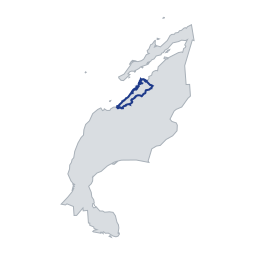 location of Sinaloa within Mexico, rotated 86°
{"feature_id": "MEX-2711", "entity_name": "Sinaloa", "entity_type": "State", "adm_level": 1, "iso_a3": "MEX", "parent_name": "Mexico", "parent_adm1": "", "projection": "robinson", "projection_center": [-107.612, 24.763], "detail": "fine", "context": "in_parent", "style": "outline", "palette": "blue", "viewbox_px": 256, "rotation_deg": 86, "n_neighbors": 0, "source": "natural_earth", "source_scale": "10m", "svg_char_len": 8088}
<svg xmlns="http://www.w3.org/2000/svg" viewBox="0 0 256 256"><g transform="rotate(86 128 128)"><path d="M29.4,57.5L45.4,56.0L44.7,57.7L69.8,67.1L88.7,67.0L88.8,63.5L100.5,63.5L102.5,66.1L110.8,72.9L112.8,78.7L114.4,80.9L122.1,85.5L124.5,83.8L126.3,79.5L128.7,78.6L134.2,79.3L138.9,84.0L142.1,90.8L147.6,97.0L148.0,100.9L150.4,105.7L162.3,110.2L163.8,109.5L160.5,122.0L159.6,136.9L160.2,140.1L163.3,144.4L162.7,146.7L162.8,144.3L160.2,140.7L161.1,144.1L164.3,151.1L169.4,157.8L170.7,162.0L174.2,166.2L173.3,166.1L175.3,167.1L174.6,166.5L178.4,167.0L181.0,168.5L183.4,171.3L189.6,169.2L194.2,168.9L197.2,167.2L200.4,166.9L201.1,167.5L200.9,168.4L203.5,169.0L205.3,167.7L204.8,165.5L203.9,166.0L204.1,165.5L208.8,161.9L209.1,158.9L210.4,157.2L210.3,152.3L211.1,148.8L214.7,146.7L221.2,145.6L223.9,144.3L227.1,144.1L232.3,145.3L232.7,144.5L231.4,144.5L233.1,143.9L235.2,145.5L235.7,147.6L234.7,150.5L231.5,154.9L231.4,157.9L229.8,159.6L230.1,160.3L231.6,160.1L230.0,161.9L230.1,162.6L231.1,162.4L229.2,169.8L228.7,170.4L227.6,168.8L227.3,166.0L225.8,168.9L224.3,169.1L222.4,172.9L220.2,172.8L220.0,174.1L207.4,174.1L207.5,178.5L204.6,178.5L211.6,185.3L211.5,187.9L202.5,187.9L199.4,194.2L200.4,195.8L199.3,200.0L192.7,192.8L187.5,188.0L184.3,186.2L183.9,186.6L186.9,188.3L182.3,186.8L182.6,185.7L181.4,186.2L180.6,185.1L179.8,186.2L181.3,186.8L179.0,187.0L176.8,188.6L169.6,191.2L164.9,189.2L160.9,188.7L158.3,186.8L155.6,186.0L153.9,184.2L147.5,182.7L139.4,178.9L134.2,175.4L132.0,172.9L126.6,172.1L121.5,170.0L118.2,166.0L111.2,162.2L107.4,156.9L106.1,153.7L108.9,152.2L108.4,150.8L107.2,150.3L109.0,147.9L109.2,144.9L107.7,143.9L106.2,141.0L106.2,138.3L105.2,135.9L101.0,131.4L97.4,126.0L91.7,121.3L93.3,122.2L93.4,121.2L90.4,120.2L88.2,116.5L89.8,116.6L85.4,114.1L84.8,112.9L83.1,113.3L82.9,112.8L84.1,111.3L82.0,112.5L80.7,111.4L80.4,109.0L82.0,106.8L82.5,107.2L81.5,105.0L80.1,103.6L78.2,103.7L77.0,100.7L74.7,100.0L73.4,98.8L72.5,96.1L73.0,94.5L69.1,93.6L62.1,85.3L61.7,83.3L60.7,82.7L56.3,72.4L55.9,69.2L56.4,68.2L52.6,66.9L51.7,65.2L50.4,64.6L49.1,65.6L43.9,62.5L44.8,64.5L44.1,68.4L45.3,71.5L46.2,77.4L51.4,82.6L53.1,86.0L53.9,85.9L54.3,86.9L55.1,87.1L55.8,89.3L57.3,90.0L58.1,94.8L60.9,97.2L61.8,99.8L63.0,100.7L63.9,103.9L65.0,104.6L64.4,102.3L65.9,103.6L67.8,110.9L69.5,113.0L71.8,118.2L71.5,120.4L72.0,122.4L74.0,124.3L74.7,122.3L80.4,129.2L79.9,131.7L77.6,133.6L76.4,133.8L74.0,128.2L65.0,120.7L64.2,120.8L62.4,118.4L62.0,116.8L62.5,113.3L61.8,109.9L60.4,107.5L56.1,104.6L55.2,101.7L54.4,103.0L52.2,103.5L50.6,101.6L46.5,99.6L45.9,97.9L42.9,95.5L42.6,94.6L45.7,95.1L47.6,94.4L47.5,95.2L49.1,96.0L48.5,94.0L47.8,93.9L49.3,90.0L43.5,82.7L38.6,79.5L37.7,77.9L37.7,75.1L36.5,74.3L36.2,71.2L34.6,69.9L34.4,68.0L32.3,65.2L31.9,63.8L32.6,62.9L31.2,61.7L29.4,57.5ZM61.8,85.4L61.3,87.3L59.7,86.7L60.4,83.9L61.3,83.6L61.8,85.4ZM55.4,85.1L53.2,83.0L52.6,80.9L53.7,81.6L54.0,82.8L55.1,83.1L55.4,85.1ZM234.7,154.4L234.2,153.7L234.4,152.9L235.9,152.2L234.7,154.4ZM62.5,120.7L60.8,118.8L61.8,114.9L61.5,118.4L62.5,120.7ZM41.7,92.8L40.5,92.6L41.3,90.5L41.9,92.0L41.7,92.8ZM21.1,85.9L20.1,84.6L20.3,84.0L20.7,84.0L21.1,85.9ZM63.8,120.8L64.8,122.3L62.8,120.8L63.8,120.8ZM100.4,144.0L100.2,144.6L99.6,144.4L99.4,143.3L100.4,144.0ZM72.4,116.8L72.8,118.0L71.7,116.5L72.4,116.8ZM68.5,108.9L69.1,109.4L68.2,110.5L68.5,108.9ZM70.0,166.7L69.6,166.9L69.0,166.4L69.5,165.8L70.0,166.7ZM202.6,167.0L201.5,167.2L203.5,166.6L202.6,167.0ZM77.9,123.6L77.3,123.5L77.2,122.3L77.9,123.6Z" fill="#d9dde1" stroke="#a8b0b8" stroke-width="1"/><path d="M105.7,136.9L105.6,136.6L105.4,136.7L105.4,136.2L105.1,135.9L104.6,135.3L104.3,134.8L104.2,134.7L103.9,134.5L103.8,134.4L103.7,134.3L103.9,134.1L103.7,134.2L103.6,134.3L102.3,132.6L102.0,132.4L101.9,132.3L101.2,131.5L100.9,131.6L100.8,131.2L100.6,130.7L100.4,130.6L100.5,130.4L100.2,129.8L100.1,129.7L99.9,129.5L99.6,129.3L99.4,128.9L99.2,128.8L99.0,128.4L98.8,128.2L98.6,128.1L98.3,128.0L98.3,127.8L98.2,127.5L97.9,127.0L97.8,126.7L97.6,126.3L96.7,125.2L96.4,125.0L96.1,124.8L95.8,124.5L94.4,123.4L94.3,123.2L94.2,123.1L93.9,122.9L93.7,122.7L93.2,122.3L91.6,121.3L91.5,121.2L91.5,120.9L91.7,121.1L92.3,121.5L93.2,122.2L93.5,122.3L93.2,122.1L93.3,122.1L93.5,122.2L93.7,121.9L93.6,121.6L93.4,121.0L93.3,120.9L93.1,120.9L92.9,121.0L93.1,121.0L92.9,121.4L92.7,121.4L92.5,121.2L92.3,121.1L92.1,121.2L91.8,121.0L91.8,120.8L91.6,120.7L91.3,120.4L91.1,120.4L90.9,120.1L90.7,120.0L90.9,120.5L91.3,120.8L91.2,120.8L90.7,120.5L90.1,119.9L90.0,119.3L89.8,119.0L89.7,119.0L89.7,118.8L89.9,118.9L90.1,119.1L90.3,119.1L90.3,118.9L90.2,118.6L90.0,118.4L90.1,117.8L90.2,117.5L90.1,117.4L89.9,117.2L89.8,117.3L89.9,117.8L89.8,118.4L89.8,118.5L89.7,118.5L89.6,118.4L89.5,118.6L89.3,118.4L89.1,118.1L88.5,116.9L88.4,116.7L88.1,116.5L87.9,116.4L88.2,116.3L88.3,116.4L88.4,116.5L88.8,117.0L88.9,117.3L89.0,117.2L89.2,117.4L89.2,117.1L89.1,116.8L89.2,116.7L89.4,116.9L89.5,117.0L89.8,117.0L90.0,117.1L90.1,116.9L89.4,116.2L89.2,116.2L89.2,116.3L88.9,116.3L88.8,116.1L88.6,115.8L88.4,115.9L88.2,115.9L87.8,115.9L87.7,115.8L87.7,115.5L88.0,115.7L88.0,115.3L87.9,115.2L87.7,115.0L87.5,115.9L87.4,116.0L87.4,115.5L87.4,115.3L87.2,115.1L86.3,114.7L85.9,114.4L85.7,114.3L85.1,114.3L85.3,114.2L85.6,114.2L86.1,114.4L85.9,114.3L85.6,114.0L85.4,114.0L85.1,114.1L84.9,114.1L85.1,114.0L85.2,113.9L85.0,113.7L84.8,113.7L84.9,113.4L84.9,112.9L84.7,112.9L84.5,112.7L84.4,112.7L84.1,112.7L84.0,112.8L84.1,113.0L84.0,113.4L83.9,113.4L83.8,113.5L83.7,113.4L83.7,113.2L83.3,113.2L83.2,113.2L83.2,113.3L83.3,113.4L83.1,113.5L82.9,113.3L82.5,112.9L82.8,112.6L83.2,112.6L83.3,112.6L83.4,112.8L83.5,112.8L83.5,112.7L84.0,112.1L84.0,111.8L84.1,111.7L84.2,111.3L84.5,111.1L84.5,110.9L84.4,110.8L84.0,111.6L83.9,111.7L83.4,111.9L83.3,112.0L83.0,112.4L82.9,112.5L82.7,112.4L82.5,112.5L82.4,112.5L82.3,112.4L82.2,112.0L81.8,111.9L81.6,111.7L81.6,111.8L82.2,112.4L82.3,112.6L82.1,112.6L81.8,112.2L81.5,112.1L80.8,112.1L80.5,112.0L80.7,111.9L80.9,111.9L81.1,111.9L81.3,111.9L81.3,111.7L81.3,111.3L81.1,111.2L80.9,111.1L80.7,111.2L80.6,111.3L80.6,111.7L80.6,111.8L80.5,111.7L80.6,111.3L80.6,111.1L80.4,111.0L80.3,110.9L80.4,110.4L80.5,110.3L80.5,110.1L80.4,109.7L80.4,109.2L80.6,108.6L81.0,108.2L81.1,107.8L81.4,107.4L81.4,107.6L81.3,107.9L81.4,108.0L81.5,107.8L81.6,107.6L81.8,107.1L82.3,106.8L82.2,107.0L82.3,107.2L82.6,107.5L82.7,107.4L82.6,107.2L82.8,107.0L82.7,106.9L82.4,106.6L82.5,106.5L84.0,105.2L86.7,102.9L86.7,102.3L87.0,101.5L87.3,101.1L87.6,100.7L87.7,100.9L87.8,100.9L88.2,100.9L88.3,100.9L88.4,101.0L88.6,101.2L88.8,101.5L89.1,101.7L89.8,101.9L90.0,101.9L90.0,102.1L90.0,102.5L90.1,102.8L90.7,103.6L91.0,103.9L91.1,104.1L91.2,104.5L91.4,105.9L91.5,107.3L91.6,107.5L91.8,107.7L94.1,108.2L94.3,108.3L94.5,108.4L94.6,108.6L94.8,109.5L95.0,109.6L95.2,110.3L95.5,110.5L95.9,110.7L96.1,110.9L96.4,111.4L96.5,111.5L97.2,111.9L97.3,112.1L97.0,112.5L96.9,112.8L96.5,113.2L96.4,113.5L96.3,113.8L96.1,115.3L96.1,115.6L96.1,116.0L96.4,117.0L96.7,117.8L96.8,118.0L97.2,118.1L97.3,118.5L97.6,118.8L97.9,118.8L98.0,118.9L98.2,119.3L98.6,119.5L98.7,119.8L98.8,120.1L99.0,120.3L99.2,120.6L99.5,121.3L99.6,121.5L99.6,121.9L99.6,122.1L100.2,122.6L100.4,122.8L100.5,122.8L101.0,122.8L101.1,122.7L101.4,122.3L101.6,122.1L101.9,122.0L102.1,121.9L102.5,122.0L103.4,122.8L103.5,123.0L103.9,124.1L104.1,124.5L104.4,124.7L104.7,124.6L104.6,124.8L104.3,125.5L104.3,125.8L104.3,126.2L104.5,127.3L104.5,127.5L104.7,127.9L104.8,128.2L104.8,128.4L105.0,128.6L105.4,128.6L105.4,128.8L105.6,129.1L105.7,129.3L105.7,129.5L105.8,129.6L105.7,130.0L105.9,130.3L105.9,130.6L106.0,130.8L106.3,131.0L106.8,131.7L107.1,131.8L107.4,131.9L107.9,131.8L107.9,132.7L107.6,132.7L107.5,132.8L107.4,133.1L107.6,133.6L107.4,133.9L107.1,134.2L106.8,134.5L106.7,134.7L106.7,134.8L107.0,135.1L107.1,135.4L107.3,135.5L107.4,135.8L107.4,136.0L107.6,136.6L107.6,136.8L107.4,137.0L107.2,137.0L106.6,136.6L106.4,136.6L106.0,136.7L106.1,137.1L106.1,137.3L105.9,137.2L105.7,136.9ZM84.0,113.6L84.5,113.8L84.7,114.0L84.8,114.1L84.6,114.2L84.2,113.9L83.9,113.8L83.4,113.8L83.3,113.7L83.2,113.6L84.0,113.6Z" fill="none" stroke="#1e3a8a" stroke-width="2"/></g></svg>